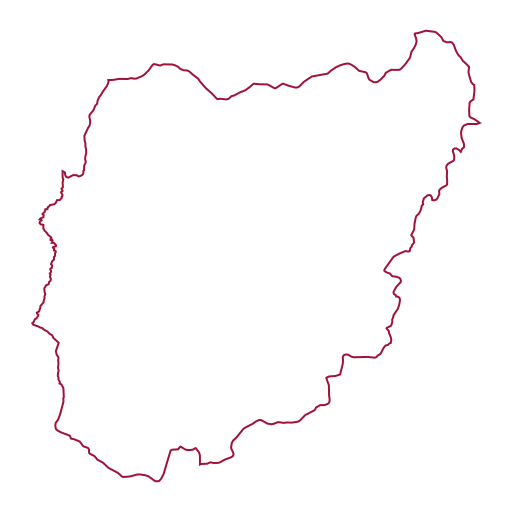 Toribío, Cauca, Colombia (orthographic projection)
{"feature_id": "7082276B98056345530252", "entity_name": "Toribío", "entity_type": "district", "adm_level": 2, "iso_a3": "COL", "parent_name": "Colombia", "parent_adm1": "Cauca", "projection": "orthographic", "projection_center": [-76.217, 2.971], "detail": "fine", "context": "isolated", "style": "outline", "palette": "rose", "viewbox_px": 512, "rotation_deg": 0, "n_neighbors": 0, "source": "geoboundaries", "source_scale": "gbopen_adm2", "svg_char_len": 5829}
<svg xmlns="http://www.w3.org/2000/svg" viewBox="0 0 512 512"><path d="M39.7,219.4L41.4,219.8L41.6,220.2L39.7,222.0L39.5,223.1L40.7,224.3L43.4,224.9L43.3,228.3L44.7,230.8L46.8,232.9L48.0,234.7L51.2,237.4L51.3,238.0L50.6,238.7L50.6,240.0L52.0,239.7L52.6,240.5L51.7,242.8L53.8,242.8L55.8,244.9L55.9,246.3L53.2,247.0L52.9,247.6L54.1,248.6L53.9,250.4L55.5,250.8L55.8,252.0L55.0,253.2L55.1,255.8L53.9,257.1L54.0,259.6L52.4,261.0L51.0,264.1L52.1,265.4L52.1,266.1L51.8,267.9L50.5,268.6L50.2,269.2L51.1,271.1L50.9,272.2L49.8,273.5L50.6,274.9L49.9,276.7L50.8,278.8L50.7,279.9L50.4,280.9L49.1,281.9L48.6,284.3L46.2,285.2L44.3,288.4L44.6,292.0L45.3,294.2L44.4,296.5L44.6,298.0L43.7,300.9L43.6,302.3L40.4,306.1L40.2,308.2L39.6,309.5L39.2,311.4L36.8,312.7L37.0,313.6L38.3,314.8L38.2,315.8L36.3,318.5L35.0,319.1L33.6,322.2L32.3,323.1L33.3,324.8L38.5,326.5L40.3,327.6L42.0,327.9L43.6,329.4L47.5,331.6L49.6,333.8L52.2,335.3L53.3,337.8L58.7,342.8L55.9,351.1L56.7,354.8L58.3,356.9L58.5,358.3L58.1,359.8L58.5,363.5L58.0,367.7L58.7,370.6L58.1,372.6L57.8,375.9L58.5,377.7L58.5,379.6L59.9,382.1L59.5,383.5L61.3,384.3L63.4,388.1L63.8,397.0L63.3,398.5L63.5,401.6L60.2,413.9L58.3,419.2L55.7,423.0L55.3,425.4L55.8,428.8L57.3,430.3L60.4,432.1L69.8,435.7L71.1,438.6L74.6,439.4L79.8,441.6L82.9,445.8L84.0,446.6L87.5,447.7L88.3,448.3L89.0,449.6L89.1,452.9L90.2,453.9L94.6,456.2L97.3,459.6L102.9,462.6L108.5,467.9L118.1,473.0L122.0,476.6L123.6,477.0L129.7,476.5L137.8,474.4L140.4,474.5L145.5,475.3L148.4,476.3L155.4,481.3L158.1,481.2L159.3,480.8L161.0,479.0L163.5,474.3L170.6,450.5L172.1,449.7L178.2,449.3L179.6,447.3L180.6,446.6L185.5,449.6L187.4,450.1L192.5,449.8L194.9,448.4L195.6,448.1L196.0,448.4L198.9,452.3L199.5,453.8L199.9,455.6L200.0,464.5L201.1,464.0L207.3,463.7L210.4,462.3L213.7,463.0L217.8,462.9L219.7,462.5L224.6,459.7L231.3,457.2L232.7,456.2L233.4,455.0L233.5,453.4L231.2,448.4L231.1,447.1L231.8,443.1L233.0,440.7L236.7,437.2L243.3,429.0L245.4,427.5L252.7,423.8L256.2,421.3L259.3,419.9L261.2,420.1L267.4,423.6L271.2,424.2L273.2,424.0L278.1,422.1L283.9,422.9L286.3,422.5L292.0,422.6L298.2,421.6L300.1,420.4L305.3,415.0L314.4,410.3L315.3,409.2L315.9,407.6L320.2,405.1L324.6,405.1L327.7,403.9L329.0,402.8L329.5,401.4L329.6,398.9L329.1,395.7L328.9,385.4L326.3,377.9L326.7,377.5L329.4,376.4L335.4,376.0L340.1,374.5L342.8,363.7L343.0,359.9L342.7,357.2L343.8,355.2L345.6,354.5L348.0,354.6L351.5,356.7L354.1,357.3L367.5,356.9L374.9,357.7L376.5,357.0L377.6,355.7L380.6,353.7L383.7,347.7L385.6,345.5L388.0,344.9L388.9,343.9L390.8,342.9L391.3,339.9L390.7,336.9L389.1,333.2L388.8,331.1L386.6,328.5L387.0,327.7L390.5,326.1L391.3,325.3L392.3,321.9L392.2,319.7L393.3,316.8L393.5,315.3L397.9,308.7L399.2,304.8L400.0,300.2L399.7,298.3L398.7,297.1L397.3,296.5L396.2,296.6L395.7,295.1L394.0,294.1L393.5,292.7L393.8,291.3L396.5,286.6L400.8,282.0L400.9,280.6L400.4,279.0L399.2,277.8L396.7,276.8L392.2,276.2L390.0,273.5L387.3,272.7L384.6,271.2L384.3,270.2L384.9,268.8L393.6,256.7L399.4,253.6L404.6,251.4L405.7,251.1L408.1,251.5L409.6,251.3L410.3,248.2L411.7,246.6L411.9,245.3L414.1,242.5L413.5,237.7L411.5,235.7L411.3,235.1L414.2,229.4L414.5,223.8L415.7,217.8L416.5,215.8L418.8,213.7L420.6,210.5L421.9,205.5L423.2,204.3L422.7,202.3L423.9,198.4L427.4,195.4L429.6,195.0L430.6,195.3L431.8,197.1L432.2,200.0L433.9,200.4L436.3,199.6L437.5,198.1L439.4,194.0L439.1,192.2L439.2,190.4L439.7,189.6L441.8,187.8L446.4,185.3L447.1,184.5L447.2,180.6L446.8,176.6L447.1,171.4L446.2,167.8L446.5,165.7L448.1,163.7L453.4,160.8L454.0,160.0L454.3,157.0L453.6,153.4L452.9,151.6L452.9,149.8L454.4,148.5L456.4,148.4L459.4,150.2L460.8,151.8L462.2,148.6L464.1,147.2L463.9,143.8L461.6,137.8L461.1,133.1L461.3,130.7L462.5,127.3L464.0,125.5L467.6,124.0L476.8,124.0L479.7,122.9L474.9,119.5L470.3,117.3L469.5,116.3L469.1,110.4L469.6,103.0L469.8,102.2L471.4,100.7L473.4,99.5L474.5,90.5L474.2,84.9L472.7,84.0L471.1,81.9L468.8,74.1L468.5,71.8L469.1,66.9L466.9,64.5L462.8,60.8L460.6,57.2L458.5,55.3L456.0,50.9L453.7,44.6L452.0,42.6L450.5,42.0L447.3,42.4L443.4,41.0L441.3,37.1L436.4,32.6L434.9,31.9L425.9,30.7L417.9,33.1L415.1,33.4L414.6,34.2L416.1,38.4L416.6,41.4L415.7,44.7L414.0,48.1L411.9,51.0L411.1,52.9L410.1,57.6L404.8,64.8L401.1,68.7L399.9,69.6L398.7,69.9L391.0,69.8L385.7,72.9L384.3,75.8L380.3,79.8L377.6,81.8L375.2,82.3L373.6,82.1L369.7,79.9L368.9,79.0L366.8,73.2L365.5,72.2L359.2,70.9L354.9,67.0L351.3,64.7L349.3,63.8L347.5,63.5L344.4,64.0L340.7,65.1L336.0,67.2L331.1,70.5L327.7,73.6L311.8,76.5L303.9,81.8L299.4,86.4L297.9,87.2L296.3,87.6L294.9,87.5L287.8,85.5L283.7,83.8L282.3,83.8L275.7,88.2L274.9,88.2L274.0,88.0L268.6,84.9L267.0,84.4L260.3,84.3L253.6,83.7L249.3,87.4L245.4,90.2L240.2,92.3L234.1,95.5L231.4,96.2L228.6,98.8L226.2,99.4L220.6,98.8L217.2,99.1L211.5,93.1L205.9,88.2L199.9,81.4L198.3,78.8L192.2,74.1L189.6,71.7L188.0,70.8L185.8,70.3L183.8,70.3L182.2,69.7L180.3,68.9L177.9,66.7L174.5,65.1L172.2,64.5L163.5,64.3L160.0,65.6L156.3,64.5L153.7,64.1L152.4,65.2L148.5,70.5L144.8,74.2L142.5,75.9L136.4,78.5L133.9,78.7L131.2,78.1L127.6,79.0L119.0,78.9L113.1,79.9L108.3,80.1L108.6,81.1L108.2,82.8L106.9,86.0L102.3,92.4L100.7,95.3L99.2,97.0L97.7,100.3L97.1,103.8L95.3,105.7L93.3,110.4L89.7,114.8L89.4,115.7L89.4,117.2L90.2,120.8L90.1,123.4L89.3,126.2L88.1,127.8L84.4,135.8L84.6,140.1L85.5,143.9L85.3,145.7L86.1,149.6L86.2,153.0L85.3,156.8L85.1,159.1L85.7,161.5L85.6,162.7L84.2,165.6L84.0,170.3L83.4,170.9L83.3,173.5L82.5,174.8L80.1,176.1L78.5,176.4L77.0,175.3L73.1,175.1L68.3,177.6L67.0,177.3L66.0,176.6L65.2,175.0L64.9,172.5L62.6,171.2L62.6,177.5L63.3,179.7L62.6,182.6L62.9,187.2L61.5,188.7L62.6,190.9L61.0,192.2L62.5,195.1L62.4,196.0L61.6,196.7L61.7,198.0L59.6,200.1L56.9,200.2L56.0,202.6L54.4,204.2L49.9,205.1L49.1,206.4L47.8,207.2L47.4,209.2L45.3,209.3L44.7,211.9L42.5,213.9L42.6,214.4L43.7,215.1L43.4,217.3L40.5,218.4L39.7,219.4Z" fill="none" stroke="#9f1239" stroke-width="2"/></svg>